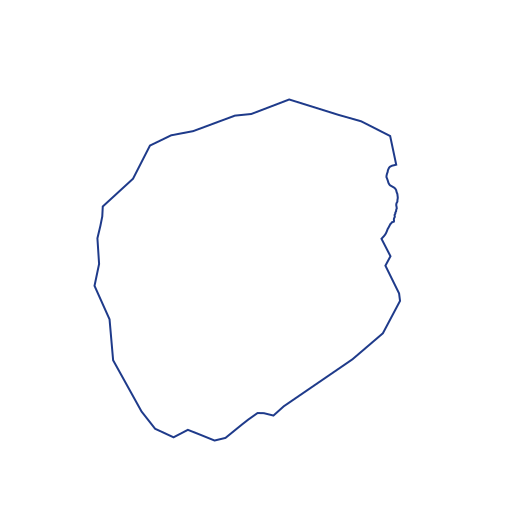 the district of Baruunbayan-Ulaan, Övörhangay, Mongolia, rotated 241°
{"feature_id": "93677404B73529031931422", "entity_name": "Baruunbayan-Ulaan", "entity_type": "district", "adm_level": 2, "iso_a3": "MNG", "parent_name": "Mongolia", "parent_adm1": "Övörhangay", "projection": "mercator", "projection_center": [101.468, 45.195], "detail": "fine", "context": "isolated", "style": "outline", "palette": "blue", "viewbox_px": 512, "rotation_deg": 241, "n_neighbors": 0, "source": "geoboundaries", "source_scale": "gbopen_adm2", "svg_char_len": 1493}
<svg xmlns="http://www.w3.org/2000/svg" viewBox="0 0 512 512"><g transform="rotate(241 256 256)"><path d="M308.2,100.3L271.6,97.2L234.1,80.5L175.5,80.5L153.8,84.0L137.4,96.0L137.0,112.1L126.7,120.6L114.7,130.3L111.7,141.1L115.4,161.9L116.7,170.1L117.9,181.2L114.7,186.7L108.0,193.9L111.1,207.5L118.9,290.3L126.9,329.5L146.9,360.2L153.9,363.0L184.8,364.5L190.6,373.5L210.2,374.1L210.8,375.8L211.3,377.4L212.1,379.3L212.9,380.7L214.2,382.4L215.8,384.3L216.6,385.7L217.2,386.6L218.0,387.8L218.9,389.2L219.0,390.1L219.6,391.2L219.4,392.2L219.2,393.2L219.7,393.7L220.7,394.1L221.3,394.4L221.8,394.8L222.3,395.4L222.7,396.1L223.5,396.7L224.3,396.9L224.9,397.3L225.3,398.1L225.6,398.5L226.3,398.8L226.8,399.5L227.2,400.2L228.0,400.7L228.7,401.3L229.4,402.2L230.9,402.8L232.0,403.1L233.0,403.6L234.0,404.4L235.0,406.0L236.5,406.9L237.3,407.6L238.5,408.4L240.0,409.0L241.7,409.7L243.3,409.9L244.6,410.2L245.6,410.5L246.6,410.5L247.5,410.4L248.2,410.2L248.9,409.9L249.5,409.6L250.2,409.1L251.1,408.6L251.9,408.1L252.9,407.5L253.9,407.3L254.9,407.3L255.9,407.3L257.0,407.6L258.6,407.9L260.4,408.2L261.6,408.3L262.4,408.7L263.2,409.3L264.5,410.5L265.7,411.9L267.0,412.9L268.0,414.2L268.7,415.2L269.1,416.3L269.1,417.1L269.0,418.9L268.4,420.9L267.9,422.9L295.9,431.5L322.8,413.3L339.5,396.5L376.8,360.9L382.5,320.7L389.0,305.6L395.7,261.5L402.7,240.3L404.0,216.8L383.2,185.9L373.6,146.0L365.1,140.7L357.8,134.5L348.4,125.9L325.1,114.9L308.2,100.3Z" fill="none" stroke="#1e3a8a" stroke-width="2"/></g></svg>